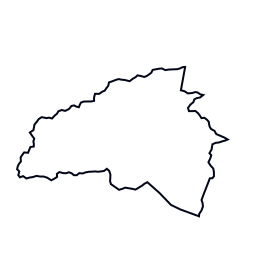 Nazaré, Bahia, Brazil (orthographic projection), rotated 282°
{"feature_id": "56859067B60391467377096", "entity_name": "Nazaré", "entity_type": "district", "adm_level": 2, "iso_a3": "BRA", "parent_name": "Brazil", "parent_adm1": "Bahia", "projection": "orthographic", "projection_center": [-38.979, -12.947], "detail": "fine", "context": "isolated", "style": "outline", "palette": "ink", "viewbox_px": 256, "rotation_deg": 282, "n_neighbors": 0, "source": "geoboundaries", "source_scale": "gbopen_adm2", "svg_char_len": 2164}
<svg xmlns="http://www.w3.org/2000/svg" viewBox="0 0 256 256"><g transform="rotate(282 128 128)"><path d="M137.5,227.9L138.7,224.2L139.6,219.8L140.4,215.6L143.2,213.2L144.3,209.5L146.1,207.7L148.4,206.6L150.9,205.7L152.5,203.5L153.9,200.6L152.9,197.8L155.0,195.8L157.0,193.5L158.7,190.3L157.9,187.5L157.2,184.1L160.1,182.5L163.9,184.2L166.9,186.6L169.7,186.9L171.4,188.8L172.8,192.1L175.9,194.7L176.0,191.6L177.2,188.8L177.1,186.3L175.5,183.4L174.3,179.3L175.7,175.7L175.9,171.9L199.6,171.2L198.9,168.8L197.2,166.6L195.8,164.1L194.8,160.1L193.6,155.6L192.4,152.5L193.3,148.7L191.9,144.6L189.9,140.0L186.9,139.3L184.7,137.4L182.7,135.5L181.3,133.2L181.5,130.0L181.5,126.4L179.4,124.9L177.1,122.4L174.1,119.9L174.3,114.6L173.9,111.6L173.9,108.7L172.6,106.2L170.8,103.5L168.6,99.9L165.2,99.9L162.5,98.6L159.6,97.4L158.2,95.3L155.4,92.7L154.6,88.6L150.4,88.5L147.5,89.2L146.3,86.5L145.5,82.8L144.7,79.3L143.1,76.7L140.6,76.0L138.1,75.6L138.2,73.0L138.9,70.6L137.8,68.1L134.4,66.4L131.7,63.0L131.8,59.4L129.8,56.4L127.1,55.5L124.9,53.7L121.5,51.7L121.7,48.5L120.7,46.1L120.7,41.4L118.2,38.8L115.3,37.6L111.9,35.8L109.4,35.9L106.2,35.9L103.2,32.9L100.5,35.8L98.1,38.5L95.3,38.2L92.9,39.2L90.3,39.7L89.1,36.5L85.5,35.8L83.0,35.4L82.5,31.5L79.8,30.2L76.8,29.1L73.0,30.2L70.3,28.8L67.5,28.1L64.6,28.1L62.9,30.7L59.1,30.5L57.3,32.6L59.1,35.4L57.5,39.1L59.2,42.3L60.2,45.1L62.1,48.4L62.3,52.5L63.0,55.5L62.6,59.3L60.9,63.9L63.4,66.8L65.4,68.8L68.3,68.0L70.6,70.0L70.4,74.0L70.9,77.0L72.4,79.3L72.0,82.3L70.6,84.8L71.2,87.7L73.7,89.7L74.1,93.1L75.8,95.8L77.1,99.0L77.8,101.8L78.7,104.9L79.0,107.9L79.9,110.5L81.0,113.5L83.7,115.8L82.2,118.5L78.7,120.5L75.1,121.1L72.4,121.5L69.6,122.9L65.7,132.1L67.5,135.4L69.1,137.7L69.2,140.8L69.4,144.6L69.3,148.0L70.9,149.9L72.7,151.8L74.7,153.9L76.8,155.6L79.0,158.2L71.0,172.3L61.7,186.0L59.2,196.2L56.4,215.8L58.8,215.5L62.5,217.0L67.0,217.6L70.4,216.4L72.8,214.9L77.1,215.5L95.7,218.5L96.5,221.0L98.7,222.1L103.0,221.1L106.1,219.8L108.4,216.6L111.2,213.8L115.4,214.8L118.7,215.1L120.3,212.9L124.2,214.2L129.6,214.0L131.7,216.8L132.8,220.1L134.4,222.7L135.8,225.5L137.5,227.9Z" fill="none" stroke="#020617" stroke-width="2"/></g></svg>